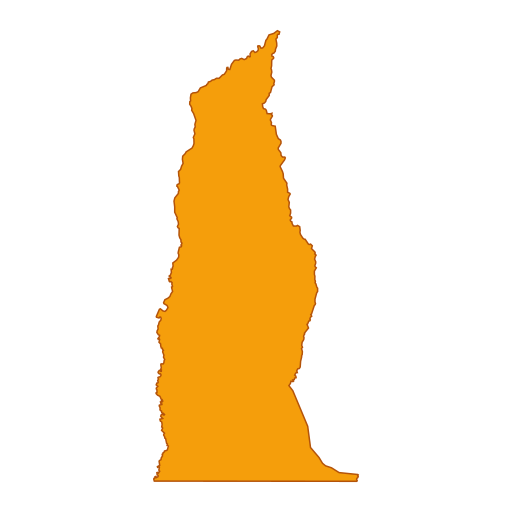 the district of Sapezal, Mato Grosso, Brazil
{"feature_id": "56859067B20407124010543", "entity_name": "Sapezal", "entity_type": "district", "adm_level": 2, "iso_a3": "BRA", "parent_name": "Brazil", "parent_adm1": "Mato Grosso", "projection": "mercator", "projection_center": [-58.676, -12.959], "detail": "fine", "context": "isolated", "style": "filled", "palette": "amber", "viewbox_px": 512, "rotation_deg": 0, "n_neighbors": 0, "source": "geoboundaries", "source_scale": "gbopen_adm2", "svg_char_len": 6043}
<svg xmlns="http://www.w3.org/2000/svg" viewBox="0 0 512 512"><path d="M279.7,31.9L277.4,30.7L273.8,33.4L269.0,34.9L267.0,39.0L265.9,40.3L264.4,45.9L262.7,47.9L261.0,48.2L259.7,45.9L258.0,45.8L257.7,46.6L258.4,48.9L258.0,50.6L256.6,51.9L254.9,52.5L253.3,50.8L251.6,51.4L250.1,53.8L250.2,56.6L249.6,56.9L248.3,56.1L247.4,56.5L246.5,58.5L244.2,59.6L241.7,58.4L239.9,59.0L238.7,60.2L235.9,60.0L234.4,60.4L231.5,64.3L229.8,69.5L228.3,69.3L227.9,67.4L227.1,67.4L226.7,68.0L226.6,70.8L224.3,74.3L222.4,75.0L219.1,78.3L216.4,78.3L214.4,79.6L212.1,80.1L210.5,81.4L208.4,82.0L207.8,83.7L206.7,84.5L206.4,85.4L200.4,87.9L198.1,91.7L196.1,92.6L192.9,92.9L191.0,94.2L190.4,97.9L190.6,100.9L189.8,101.7L189.7,104.2L191.1,106.4L191.9,108.5L191.7,110.3L193.6,113.5L196.0,120.4L194.9,124.3L195.2,127.0L194.2,128.9L194.0,130.3L194.9,133.8L193.3,137.5L193.9,138.9L194.0,143.5L193.3,145.7L192.0,148.1L186.2,151.8L185.2,153.6L182.7,156.2L182.4,159.3L183.1,163.4L181.6,166.1L180.6,169.4L178.5,171.5L178.8,175.9L179.3,177.5L179.5,182.9L179.1,183.7L177.2,184.6L176.8,186.1L177.5,186.6L179.2,190.1L178.4,191.7L178.4,193.4L174.8,197.9L174.0,201.1L174.7,207.0L174.7,212.2L177.3,217.8L176.9,218.8L178.2,221.6L178.5,224.2L177.4,226.5L178.0,227.7L179.2,228.5L179.0,235.1L179.7,237.7L180.9,239.7L181.0,242.0L181.7,242.6L181.9,243.8L181.2,244.5L181.0,245.2L181.6,245.7L181.3,246.7L179.4,247.3L178.3,251.8L178.1,253.1L178.8,254.8L178.6,257.2L176.6,260.1L172.8,263.0L173.1,266.2L172.4,267.8L172.5,268.6L172.2,269.2L171.1,269.2L171.4,272.5L170.2,275.5L169.3,275.8L169.3,276.8L170.1,276.8L171.0,277.5L170.8,278.4L168.5,278.7L169.3,281.4L170.0,281.9L170.9,281.5L172.1,282.7L171.8,284.0L172.5,286.2L172.3,286.8L171.6,287.0L171.7,287.9L172.6,291.5L171.0,293.7L169.9,296.5L167.9,298.2L164.9,299.7L163.6,302.6L163.9,303.6L167.1,305.5L168.0,307.6L166.4,310.2L165.0,311.4L163.1,311.0L160.3,308.8L159.4,309.3L156.3,316.5L156.5,317.2L159.0,318.0L159.8,317.0L160.6,317.1L161.2,318.5L160.8,320.2L159.2,322.0L158.5,324.9L157.8,326.0L158.1,329.0L157.1,330.9L156.9,332.5L158.4,334.8L159.6,335.3L159.4,336.6L157.9,338.6L158.2,339.2L159.1,338.7L159.6,339.3L159.0,342.3L160.6,343.9L160.7,345.9L161.3,348.0L162.4,348.3L162.4,349.2L163.4,350.4L162.7,351.0L162.7,352.0L163.9,355.2L163.5,357.2L164.7,359.5L164.1,360.7L163.9,362.7L163.2,363.9L161.1,363.9L160.8,364.7L161.3,368.0L160.5,369.6L161.4,369.9L161.3,371.3L160.6,371.3L160.2,370.5L159.2,370.5L158.2,371.8L158.1,372.6L158.9,373.6L159.7,374.0L160.5,373.8L161.0,374.8L160.9,375.7L159.8,376.9L158.3,377.2L157.9,377.8L158.5,379.1L157.7,380.4L158.2,382.2L157.8,382.9L156.8,383.1L156.2,384.9L157.9,386.3L156.3,388.1L156.3,389.0L156.9,389.6L157.0,392.6L156.2,392.7L156.1,393.6L157.6,395.2L159.9,396.3L161.6,400.1L162.0,399.0L162.2,400.5L162.6,400.9L161.6,401.2L162.2,401.4L162.0,402.0L160.6,402.4L160.7,403.1L161.2,403.9L161.8,403.9L161.9,404.5L159.4,405.1L159.2,405.9L160.1,407.8L160.0,409.8L160.5,410.6L161.5,411.0L161.7,412.7L163.5,413.4L164.5,414.6L163.9,415.1L162.5,414.3L161.2,414.8L160.7,416.3L162.7,418.5L159.9,419.2L160.3,421.0L161.6,421.8L161.8,422.4L162.1,424.6L161.7,427.0L162.4,427.4L162.6,428.2L161.6,430.4L164.5,433.2L163.7,434.4L163.7,435.2L164.6,436.6L164.8,438.1L165.6,438.5L166.6,443.3L167.4,443.9L167.1,445.4L167.7,445.4L168.4,446.1L167.4,449.7L166.7,450.4L164.5,451.0L164.4,451.8L163.0,452.9L162.9,453.9L162.2,454.3L162.5,455.9L161.2,458.0L161.0,459.7L159.4,460.6L159.1,461.3L159.7,465.4L157.4,466.6L157.6,467.3L158.8,466.7L159.4,467.2L158.9,469.7L159.0,470.6L159.7,471.2L158.4,473.1L157.8,472.4L156.9,472.6L157.1,474.6L158.2,475.6L158.0,476.7L156.3,477.6L155.9,476.4L155.0,476.7L154.7,478.2L153.9,478.4L153.8,479.5L154.3,481.1L356.7,481.3L357.2,480.8L356.6,479.3L356.8,478.4L357.8,477.6L358.2,476.3L357.7,475.8L358.2,474.9L357.7,474.5L339.1,472.6L331.5,467.8L325.5,465.8L322.5,463.3L319.0,457.5L310.5,447.5L307.7,426.3L292.8,390.7L288.9,385.6L290.4,383.5L291.0,381.2L292.9,381.6L293.5,381.2L292.8,379.9L294.3,379.6L294.6,378.1L296.1,377.7L295.8,376.1L294.7,375.1L295.7,373.2L296.5,372.6L297.3,372.6L296.7,370.7L297.9,368.7L299.3,368.5L300.2,367.0L300.6,361.3L301.7,356.7L301.5,356.1L302.2,354.4L302.4,351.6L301.5,348.5L302.5,347.3L301.7,345.4L302.1,342.3L303.7,339.6L304.0,337.7L303.6,336.9L303.8,335.4L304.7,333.9L304.4,333.2L308.5,328.0L307.0,324.3L307.7,323.8L308.7,321.2L310.0,320.7L310.3,319.8L309.8,319.1L310.5,317.2L311.7,316.2L310.8,314.5L311.5,314.0L314.3,305.5L315.1,304.7L315.5,303.6L315.0,302.0L315.0,299.1L316.7,292.8L317.6,291.5L317.6,288.2L316.8,287.2L315.9,283.9L315.1,282.8L315.4,281.2L314.8,279.6L314.9,276.2L314.4,274.4L314.4,271.1L316.3,267.8L315.1,266.7L314.9,265.6L315.7,263.2L315.7,261.7L314.6,259.1L315.4,256.0L316.0,255.6L315.9,254.8L314.7,253.9L315.2,253.0L314.9,252.0L311.5,248.6L312.3,245.8L310.6,244.1L309.2,244.5L308.4,244.1L305.2,239.3L304.4,239.3L302.8,238.1L300.5,234.5L299.9,232.2L300.2,230.5L299.7,226.7L297.5,225.4L296.3,226.1L293.4,226.0L292.0,223.3L292.0,222.0L290.7,221.2L290.2,220.0L291.6,218.1L291.6,217.2L289.7,215.7L290.6,213.2L290.6,210.0L289.5,208.7L288.8,206.8L289.3,202.4L288.0,199.5L288.7,196.7L290.2,194.0L289.8,193.3L287.6,192.2L287.6,189.1L286.7,185.1L286.9,183.2L283.5,178.2L283.2,173.9L282.5,171.6L280.1,166.6L280.3,165.7L284.6,159.8L285.3,157.9L284.8,157.1L282.6,157.1L281.8,156.3L281.1,155.4L280.8,152.7L278.3,149.4L278.2,148.0L281.0,143.3L281.0,141.4L280.4,140.0L278.3,138.6L276.4,134.4L275.2,126.2L272.7,125.7L271.6,125.3L271.2,124.3L271.5,122.7L270.4,120.1L270.5,119.2L272.4,116.1L272.3,115.4L271.5,114.8L271.9,113.3L270.2,113.8L267.1,113.6L266.3,110.3L265.5,109.2L263.5,108.6L262.7,106.7L262.4,103.8L264.4,103.0L265.7,101.5L266.2,99.5L269.2,95.5L269.2,93.3L270.5,92.5L272.0,86.8L274.1,84.8L273.8,83.4L274.4,81.7L274.4,80.2L271.4,77.1L271.0,75.4L271.8,72.1L271.5,69.8L271.0,68.5L271.6,65.9L271.7,60.9L271.9,59.8L273.5,58.5L273.7,57.6L273.2,56.6L272.0,56.2L271.7,54.7L272.6,53.5L273.9,53.1L275.3,51.2L275.5,49.2L276.8,46.0L276.7,43.1L276.0,39.6L276.2,38.5L277.3,37.7L277.3,35.0L277.7,34.4L279.0,34.3L279.7,31.9Z" fill="#f59e0b" stroke="#b45309" stroke-width="1.5"/></svg>